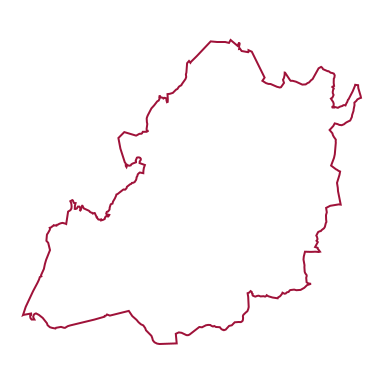 outline of Acuitzio, Michoacán, Mexico
{"feature_id": "50627088B81334633905607", "entity_name": "Acuitzio", "entity_type": "district", "adm_level": 2, "iso_a3": "MEX", "parent_name": "Mexico", "parent_adm1": "Michoacán", "projection": "natural_earth1", "projection_center": [-101.348, 19.472], "detail": "fine", "context": "isolated", "style": "outline", "palette": "rose", "viewbox_px": 384, "rotation_deg": 0, "n_neighbors": 0, "source": "geoboundaries", "source_scale": "gbopen_adm2", "svg_char_len": 5913}
<svg xmlns="http://www.w3.org/2000/svg" viewBox="0 0 384 384"><path d="M176.7,343.4L175.8,333.8L178.8,332.4L181.6,332.8L186.4,335.1L188.0,335.2L189.5,334.6L199.3,327.0L202.0,327.3L205.9,325.3L208.1,324.9L210.3,325.0L211.5,325.9L213.0,326.5L214.2,326.0L216.0,327.0L219.8,327.2L221.1,328.8L222.5,329.8L223.3,329.8L223.9,330.2L225.7,329.6L229.1,325.9L231.8,325.3L234.7,322.3L238.6,322.0L240.8,322.1L241.6,321.7L242.6,320.8L242.9,319.9L243.1,317.8L242.9,316.7L243.0,315.7L243.5,314.7L246.0,312.3L247.3,311.3L248.2,309.2L248.7,307.0L248.2,296.9L247.6,293.2L249.3,292.5L250.6,291.1L251.7,291.9L252.1,293.6L252.7,294.0L252.5,295.0L252.8,295.6L254.6,296.4L255.4,296.6L257.2,295.9L258.7,295.7L260.6,296.4L263.6,296.2L265.1,296.6L266.1,296.1L266.7,295.2L268.2,296.2L272.5,297.5L277.7,298.3L278.1,297.4L280.0,296.3L280.8,295.4L282.1,293.7L282.5,292.7L284.4,293.7L285.7,293.5L286.8,292.4L288.6,291.9L289.5,290.7L290.2,290.1L290.9,290.0L294.1,289.6L296.4,290.2L300.6,289.9L304.3,287.8L307.1,285.1L311.0,283.8L309.3,283.6L307.7,283.1L306.6,282.2L306.2,277.8L306.7,276.0L306.6,275.1L305.3,273.3L304.7,271.8L304.4,267.2L304.5,265.2L303.5,259.6L303.8,256.5L305.0,251.7L310.9,251.9L315.5,251.7L318.7,252.0L320.0,251.7L317.7,248.6L317.6,247.8L315.1,247.0L317.8,242.1L316.5,240.8L317.2,239.9L317.5,239.0L317.0,236.9L316.3,235.6L318.1,232.1L319.6,231.3L320.8,231.1L321.6,230.1L324.0,228.3L324.9,226.8L325.8,223.1L326.4,222.0L326.1,219.2L326.0,215.1L326.8,212.3L326.1,207.9L330.2,205.8L338.7,204.4L340.7,204.6L338.0,191.1L337.8,187.9L337.0,182.9L339.5,174.8L340.1,171.5L338.4,170.8L337.4,170.0L336.0,169.3L331.1,165.6L334.0,157.9L334.8,154.3L335.8,142.8L335.7,141.3L335.8,139.6L333.8,136.8L332.9,135.1L332.4,133.3L329.6,130.0L333.3,126.0L334.7,123.4L337.6,124.1L339.3,124.9L341.7,125.2L344.1,124.2L345.6,122.9L347.1,122.0L350.2,120.5L351.9,116.9L352.1,115.1L353.5,110.9L353.7,109.1L354.5,105.2L354.4,102.6L356.3,100.9L357.4,99.4L359.5,98.3L361.0,97.8L360.6,95.9L358.3,88.1L358.1,85.2L355.2,84.8L354.9,86.0L352.7,91.3L348.5,99.4L348.0,99.7L347.2,102.0L346.3,103.5L345.5,105.4L344.9,105.1L343.3,105.2L342.5,105.9L339.9,106.7L337.9,107.8L334.0,106.8L333.7,107.1L333.8,107.5L332.9,107.5L332.8,107.2L332.4,107.2L332.4,106.7L333.6,106.1L333.7,103.8L333.2,102.1L330.9,98.6L332.4,97.6L333.5,95.2L333.5,94.6L332.9,93.6L332.7,92.0L333.2,89.5L333.8,88.7L333.5,88.0L333.0,87.7L332.7,87.1L332.3,86.9L332.5,86.6L333.1,86.6L334.1,86.0L333.7,83.0L333.8,78.7L334.4,77.5L334.7,75.3L333.8,73.6L332.2,73.0L330.6,72.7L328.6,71.2L327.7,71.2L323.1,69.2L322.2,67.7L321.1,66.9L318.6,68.3L312.6,79.1L311.1,80.2L309.1,82.4L307.5,83.1L305.7,84.4L302.3,84.6L296.0,81.7L292.6,80.8L290.7,80.8L290.0,80.1L285.1,72.7L284.7,72.6L284.6,75.1L283.9,78.1L283.0,79.8L284.0,82.9L281.0,87.2L279.8,87.5L277.0,86.8L270.6,84.0L268.4,83.9L266.0,83.1L262.4,80.8L264.6,77.6L251.8,51.7L248.5,50.2L248.5,51.9L248.2,52.2L241.6,51.0L240.1,48.8L239.1,49.0L239.3,47.7L239.0,46.1L239.5,44.8L239.6,43.4L239.1,43.0L238.9,43.0L237.5,45.8L230.6,40.0L229.0,42.9L225.2,42.0L217.1,42.0L210.7,41.4L196.7,56.2L191.0,61.8L190.4,62.8L189.0,61.0L187.1,63.2L186.4,72.5L185.9,74.4L186.2,77.0L185.5,79.0L181.9,84.1L181.3,85.3L180.7,85.5L178.9,86.7L177.4,89.0L176.1,89.6L172.8,92.9L169.8,93.8L167.5,94.1L167.8,99.3L167.7,101.9L167.0,102.2L166.5,100.5L166.3,98.3L164.6,97.8L163.4,98.5L163.0,97.8L160.8,97.4L160.2,96.3L159.9,96.0L159.5,96.1L159.3,97.7L159.6,98.5L158.7,100.5L157.2,101.4L154.2,105.3L151.4,108.4L147.7,115.5L146.9,117.6L146.7,118.6L146.9,122.2L147.3,124.0L146.6,128.9L146.8,130.9L148.5,130.7L146.6,131.8L142.8,131.8L142.0,133.3L141.5,133.7L139.4,133.8L136.4,135.5L135.7,135.5L124.3,132.1L118.4,138.0L120.4,148.6L124.8,162.3L125.7,163.5L125.8,166.0L126.5,167.1L127.0,165.7L127.4,165.5L127.5,165.0L128.3,165.5L129.2,165.7L130.7,165.4L131.3,164.4L132.5,163.6L136.0,162.3L136.0,161.2L135.7,160.8L135.9,160.1L136.9,157.7L137.8,157.4L139.0,157.4L140.2,157.9L140.8,158.8L140.8,159.8L139.7,161.5L139.6,163.1L144.9,165.0L143.9,167.8L143.4,170.8L143.3,173.2L139.8,172.5L138.9,173.2L137.8,174.3L137.2,176.4L136.6,177.2L136.4,178.8L136.0,180.0L134.6,182.1L133.1,182.8L131.9,182.9L131.3,183.8L130.1,184.3L126.9,186.8L126.7,187.9L125.4,189.5L124.9,189.7L123.9,189.4L123.1,189.7L117.6,194.0L116.4,194.5L116.1,195.7L114.9,198.4L113.0,201.6L112.5,203.6L110.9,204.2L110.6,204.6L109.7,207.5L109.5,209.6L108.1,211.4L106.8,211.9L106.2,213.6L106.7,214.4L109.3,214.9L109.1,215.4L108.2,216.5L106.2,216.2L105.7,216.5L105.1,217.4L104.7,219.0L102.9,219.9L101.1,220.4L101.0,219.4L99.6,219.7L98.4,219.5L96.7,217.5L97.0,217.1L96.1,216.0L94.8,213.1L94.2,213.0L92.8,213.6L92.1,212.8L91.4,212.7L89.8,211.8L89.4,211.1L88.6,210.6L83.8,208.4L82.5,205.8L82.2,205.7L81.8,206.2L80.8,210.0L80.3,210.5L80.0,210.2L80.3,209.4L80.4,208.4L79.3,206.6L77.9,206.6L76.8,208.5L75.5,209.0L74.8,208.9L74.9,205.8L75.6,203.1L74.1,203.0L73.5,202.1L72.9,200.5L72.3,200.1L70.3,201.2L71.1,202.9L71.4,204.2L71.6,206.6L71.4,208.5L70.4,210.2L68.1,211.6L66.2,224.0L65.3,223.6L62.6,222.9L61.0,223.2L59.3,223.8L57.8,224.7L57.0,224.8L56.5,225.7L56.2,225.7L55.2,225.3L54.5,225.5L53.7,225.2L53.1,225.9L52.1,226.5L51.3,227.3L49.7,227.8L50.0,228.7L49.8,229.8L47.9,233.2L47.1,234.3L46.9,235.0L46.4,240.8L48.2,242.8L50.0,250.1L46.1,259.9L44.9,264.1L43.9,268.9L41.0,275.3L41.4,276.3L39.8,277.1L39.1,279.4L37.5,282.8L33.1,291.1L25.7,306.9L23.0,315.1L23.4,314.9L31.1,313.5L31.2,314.3L31.0,315.2L30.2,315.6L30.2,316.9L30.6,318.3L31.6,319.5L34.4,319.5L33.5,317.8L33.2,316.8L33.7,315.1L34.5,314.0L36.0,313.4L38.9,314.9L42.7,317.9L46.9,323.2L47.6,325.2L49.9,327.2L52.2,327.9L55.5,328.5L56.0,327.8L61.0,326.9L64.1,327.8L65.1,327.8L67.7,326.2L69.9,325.5L94.3,319.6L104.5,316.7L104.7,315.9L105.5,315.8L106.4,315.3L107.0,314.5L109.9,315.6L128.8,310.9L132.3,316.1L136.6,319.9L138.5,322.2L140.9,324.3L143.3,325.4L145.2,328.1L146.0,330.3L151.4,335.8L152.2,337.8L152.9,340.4L154.5,342.3L157.1,343.6L159.5,344.0L176.7,343.4Z" fill="none" stroke="#9f1239" stroke-width="2"/></svg>